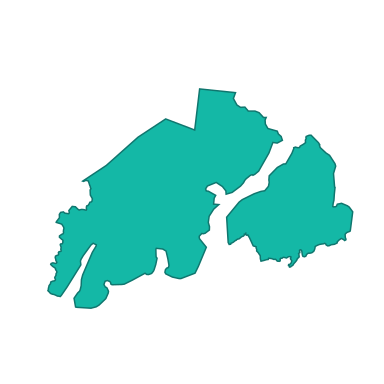 Petersburg, Alaska, United States of America (Mercator projection), rotated 262°
{"feature_id": "52423323B76828844452953", "entity_name": "Petersburg", "entity_type": "district", "adm_level": 2, "iso_a3": "USA", "parent_name": "United States of America", "parent_adm1": "Alaska", "projection": "mercator", "projection_center": [-133.171, 57.135], "detail": "fine", "context": "isolated", "style": "filled", "palette": "teal", "viewbox_px": 384, "rotation_deg": 262, "n_neighbors": 0, "source": "geoboundaries", "source_scale": "gbopen_adm2", "svg_char_len": 5571}
<svg xmlns="http://www.w3.org/2000/svg" viewBox="0 0 384 384"><g transform="rotate(262 192 192)"><path d="M284.3,248.9L293.0,213.9L253.0,203.3L268.0,176.1L253.8,146.2L230.2,110.8L218.0,85.3L217.6,86.0L218.3,88.6L217.3,90.9L215.9,91.1L214.9,91.3L213.6,91.5L212.5,91.7L211.9,92.0L210.7,92.0L209.3,92.4L208.2,91.4L203.1,90.9L199.2,92.4L196.7,91.6L196.2,90.9L196.1,89.5L194.2,88.2L193.0,86.9L192.9,85.8L191.8,85.3L190.3,85.1L189.3,85.2L188.8,84.8L188.9,84.0L189.6,82.5L190.1,80.4L190.0,78.7L189.8,77.8L190.7,76.7L193.6,74.5L194.4,71.4L190.8,67.5L189.1,67.6L188.4,67.6L187.7,66.8L188.0,65.6L188.8,63.0L190.2,61.9L190.1,59.1L188.3,57.5L185.4,57.2L184.7,56.9L184.1,56.3L183.5,55.6L183.0,55.2L182.2,54.3L181.5,53.6L180.8,53.3L180.3,54.4L179.9,55.2L179.2,56.8L178.2,58.6L176.4,59.4L175.3,59.9L174.2,60.1L173.4,60.0L172.9,59.7L171.9,59.4L170.6,59.1L169.8,59.2L168.6,58.6L168.3,57.3L167.5,55.7L167.0,54.7L165.7,54.4L164.6,55.3L163.1,56.5L162.7,57.1L161.7,57.5L161.1,57.2L159.9,57.1L158.8,56.2L158.8,55.3L158.8,54.6L158.2,54.2L157.3,54.3L155.8,54.7L154.7,54.5L153.5,54.1L152.8,54.3L151.7,54.2L151.4,53.4L151.4,52.4L151.4,52.0L150.5,51.2L149.4,51.3L148.8,51.2L148.1,50.4L148.0,49.3L147.5,47.9L146.1,47.4L144.3,47.7L142.9,47.7L141.6,48.3L140.9,48.3L140.3,47.6L140.3,46.8L141.2,44.4L141.0,43.3L140.8,42.5L140.0,42.0L139.3,42.4L138.3,43.2L137.4,44.0L136.6,45.0L135.3,46.2L134.1,46.1L132.9,46.8L131.5,47.1L130.8,46.6L130.0,46.0L129.2,45.8L128.5,45.8L127.1,44.6L126.1,44.1L124.8,44.6L124.0,44.5L123.2,43.6L123.1,41.6L122.6,39.7L121.4,39.2L120.9,39.1L120.2,38.4L119.2,37.4L118.0,37.0L116.7,36.4L115.2,36.1L114.6,35.6L113.6,36.0L113.0,36.7L112.0,37.2L111.1,38.0L110.3,39.4L109.7,41.1L108.7,42.8L107.7,44.2L107.4,45.5L106.8,47.0L107.8,48.2L115.1,54.9L135.3,71.8L139.1,71.9L140.7,72.7L144.1,75.4L153.6,84.6L155.0,87.0L153.0,89.9L151.8,89.5L146.1,84.9L125.1,72.2L120.6,70.3L114.6,69.2L110.6,67.6L109.5,66.9L107.9,64.7L103.2,60.4L94.3,60.7L93.8,62.0L91.0,75.8L91.6,81.1L93.0,84.3L98.4,91.8L103.6,95.0L105.3,95.5L108.7,94.5L109.4,94.0L109.8,93.0L112.6,91.9L115.7,93.5L116.1,95.8L114.8,98.1L113.8,98.7L112.0,98.9L111.3,99.9L110.2,109.6L110.2,112.2L113.0,120.6L118.1,134.2L116.7,135.6L116.3,137.4L116.8,140.1L117.3,141.1L119.1,142.9L120.4,143.7L125.2,146.0L131.3,148.2L132.8,147.4L140.1,148.2L141.2,148.8L139.6,155.1L137.1,158.1L129.2,158.8L122.5,159.0L120.5,158.1L120.1,156.3L118.8,154.9L116.3,154.0L114.6,154.6L110.5,160.7L108.1,167.1L107.8,168.9L111.2,183.7L117.4,187.9L135.3,198.5L144.5,193.0L146.1,192.8L147.3,193.1L149.6,196.0L149.1,197.2L149.3,199.2L151.9,203.9L155.2,204.5L159.6,203.9L165.6,205.6L172.0,211.1L175.8,216.8L177.0,211.7L182.8,213.1L185.4,215.0L190.5,208.3L191.1,206.3L193.2,205.9L195.8,208.1L198.1,217.3L193.2,222.9L188.4,225.7L185.1,225.5L186.0,231.7L191.1,240.9L194.0,244.3L196.2,245.9L197.6,247.5L200.2,251.8L200.7,253.2L200.6,254.4L200.1,254.7L200.8,256.7L203.4,260.9L219.9,273.6L229.8,279.0L228.6,283.2L230.6,288.7L234.6,288.0L237.4,285.6L240.4,284.9L244.3,276.0L249.1,274.1L253.1,274.4L255.5,275.8L255.8,273.2L261.2,269.5L263.4,265.6L264.3,259.0L268.7,256.2L269.1,251.8L271.9,248.6L278.8,246.0L284.3,248.9ZM134.9,221.5L134.9,223.0L135.3,223.1L135.8,223.5L136.0,224.5L136.3,225.3L136.5,225.8L137.0,226.7L137.3,227.2L137.7,227.7L137.8,228.2L138.1,229.1L138.5,229.3L138.7,229.9L138.9,230.5L139.1,231.0L139.0,231.6L139.1,232.2L139.7,233.2L140.1,233.8L140.4,234.3L140.7,234.7L140.9,235.3L141.1,236.1L141.1,236.5L141.4,237.1L141.9,237.6L142.4,238.0L142.7,238.0L142.5,238.5L142.7,238.9L142.9,239.0L143.4,239.1L143.7,239.3L143.7,239.5L143.0,239.3L142.4,239.5L141.9,239.7L141.6,240.2L141.6,240.8L141.7,241.3L138.6,242.6L130.2,245.1L129.5,246.3L129.4,247.0L128.8,247.9L127.7,247.7L126.1,248.1L124.6,247.8L122.8,249.1L121.0,249.9L119.5,250.7L116.4,250.4L113.9,250.7L114.2,253.8L114.6,256.1L114.6,258.1L115.7,258.6L115.4,260.1L114.8,262.0L113.9,263.5L113.7,265.5L111.7,266.8L111.2,268.8L111.4,269.6L112.5,270.0L113.3,269.8L114.1,270.7L113.8,271.9L114.3,272.5L114.6,273.4L114.2,274.8L113.5,276.3L114.0,277.6L114.5,278.4L114.4,280.0L114.2,280.8L113.2,280.8L112.2,280.2L110.0,281.2L108.5,280.6L107.5,279.9L106.6,278.4L106.7,277.6L105.7,277.3L105.2,278.0L104.1,278.1L104.1,279.3L104.6,279.7L104.9,280.6L105.4,281.7L106.9,282.9L108.3,284.6L109.7,286.1L111.2,287.0L112.8,289.1L115.4,289.2L116.2,289.0L116.7,289.7L116.9,290.3L118.0,290.4L118.6,290.2L119.3,290.4L119.7,291.3L119.2,292.1L118.2,292.5L116.1,292.5L114.3,292.5L112.8,292.9L112.2,294.4L112.6,295.8L114.2,296.8L115.2,298.5L115.0,300.6L115.2,302.3L116.3,304.3L118.0,305.4L119.5,306.0L120.9,306.4L121.7,308.5L122.3,310.8L122.4,312.7L122.4,315.1L122.7,316.3L121.8,317.3L121.0,317.4L119.8,318.8L119.7,320.3L120.4,322.4L120.4,325.7L120.9,327.4L121.4,328.7L122.3,328.8L123.9,330.8L125.2,333.3L123.9,335.4L122.7,336.4L123.2,337.7L123.9,337.9L125.5,337.5L128.6,337.7L129.2,338.1L130.4,339.8L131.1,343.0L132.1,343.5L150.0,348.4L155.2,345.6L156.7,344.0L160.0,338.5L159.7,334.2L157.9,333.1L157.5,332.3L157.5,330.3L158.0,329.4L161.1,330.2L164.1,331.4L169.9,332.6L176.7,334.3L177.0,333.9L190.6,334.7L197.6,337.9L200.2,337.5L209.2,333.3L212.0,330.1L218.2,325.1L221.0,324.7L221.1,325.0L223.2,324.1L231.7,317.8L231.9,315.8L231.1,312.8L230.3,312.4L229.3,312.6L227.6,311.5L225.1,311.3L223.8,309.0L222.4,305.5L221.3,304.8L221.0,304.1L221.3,302.4L222.1,300.7L221.7,298.9L221.0,298.9L216.4,296.3L206.8,288.8L207.0,286.4L204.4,279.9L197.3,270.7L193.2,269.8L190.8,269.8L187.0,268.5L183.1,264.2L183.0,260.3L181.6,253.3L177.4,240.6L175.4,237.2L162.2,222.8L137.0,220.8L134.9,221.5L134.9,221.5Z" fill="#14b8a6" stroke="#0f766e" stroke-width="1.5"/></g></svg>